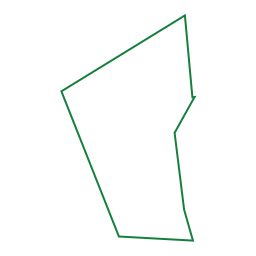 the district of 68, Al Daayen, Qatar
{"feature_id": "91078587B27040506800660", "entity_name": "68", "entity_type": "district", "adm_level": 2, "iso_a3": "QAT", "parent_name": "Qatar", "parent_adm1": "Al Daayen", "projection": "equal_earth", "projection_center": [51.494, 25.372], "detail": "fine", "context": "isolated", "style": "outline", "palette": "green", "viewbox_px": 256, "rotation_deg": 0, "n_neighbors": 0, "source": "geoboundaries", "source_scale": "gbopen_adm2", "svg_char_len": 286}
<svg xmlns="http://www.w3.org/2000/svg" viewBox="0 0 256 256"><path d="M194.6,97.0L192.4,97.3L184.9,15.4L184.7,15.5L184.3,15.8L61.4,91.3L118.9,236.5L120.6,236.6L193.0,240.6L192.3,238.3L184.1,209.6L174.6,132.8L194.1,97.8L194.6,97.0Z" fill="none" stroke="#15803d" stroke-width="2"/></svg>